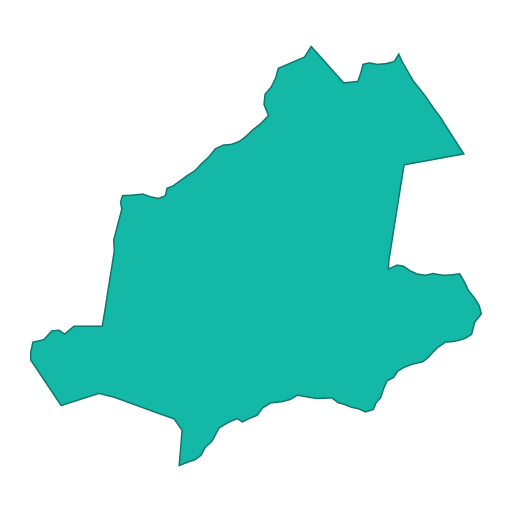 the district of Guaiúba, Ceará, Brazil
{"feature_id": "56859067B40987970950601", "entity_name": "Guaiúba", "entity_type": "district", "adm_level": 2, "iso_a3": "BRA", "parent_name": "Brazil", "parent_adm1": "Ceará", "projection": "natural_earth1", "projection_center": [-38.661, -4.098], "detail": "fine", "context": "isolated", "style": "filled", "palette": "teal", "viewbox_px": 512, "rotation_deg": 0, "n_neighbors": 0, "source": "geoboundaries", "source_scale": "gbopen_adm2", "svg_char_len": 1722}
<svg xmlns="http://www.w3.org/2000/svg" viewBox="0 0 512 512"><path d="M373.3,409.5L376.4,402.2L380.6,397.8L383.6,388.7L387.1,380.8L393.7,377.4L397.8,371.0L403.7,367.6L411.7,364.3L422.7,361.8L428.3,357.4L432.7,352.4L437.5,347.6L445.3,342.2L453.4,341.5L460.0,340.0L465.6,338.1L471.6,334.3L474.7,322.1L481.3,313.9L479.2,305.5L474.4,297.9L468.2,290.2L465.4,283.7L459.7,273.8L451.2,274.9L443.1,275.3L432.9,273.5L425.5,275.3L417.9,274.2L410.7,271.2L403.2,266.1L397.2,265.1L388.4,269.1L388.8,261.0L396.5,212.0L397.6,205.1L404.1,164.8L463.8,153.9L444.3,123.6L440.8,117.8L434.9,110.1L430.7,104.0L425.7,96.7L418.6,87.6L413.2,80.8L402.0,61.4L398.8,54.1L394.3,61.5L386.4,63.6L377.4,64.4L369.2,62.9L363.0,64.4L361.0,72.3L357.9,81.4L343.7,82.9L311.2,46.5L304.5,57.1L278.4,68.3L275.6,78.2L271.3,86.9L265.1,94.1L264.0,104.3L268.5,115.6L260.3,124.0L253.1,129.5L246.1,136.3L239.8,141.2L231.4,144.4L223.2,145.1L215.4,148.8L208.8,157.0L202.2,163.0L195.2,170.5L187.1,175.7L173.3,185.8L167.0,188.3L165.4,195.7L158.5,198.5L150.0,196.7L143.0,194.1L130.6,195.3L122.7,195.6L120.5,202.1L121.8,209.2L113.7,240.1L114.3,251.0L111.7,267.5L108.5,287.2L105.4,307.4L102.3,326.2L74.0,326.2L64.6,334.1L59.0,330.2L51.8,330.9L43.8,339.7L32.9,342.2L30.7,352.3L30.7,359.9L61.2,405.6L70.2,402.6L98.9,393.4L114.2,397.2L126.5,401.7L158.8,413.5L174.1,418.9L182.1,430.2L179.2,465.5L187.7,462.2L195.3,459.6L200.9,455.3L205.3,447.2L211.8,441.4L215.0,435.6L219.2,427.7L228.8,422.1L237.3,418.6L242.3,421.9L248.3,418.9L257.1,415.3L262.5,408.0L270.7,402.9L281.6,401.7L290.0,399.6L297.4,395.2L308.9,397.2L317.1,398.5L324.0,398.2L332.1,397.9L337.9,402.6L344.3,404.4L351.6,407.3L358.8,408.8L365.5,411.9L373.3,409.5Z" fill="#14b8a6" stroke="#0f766e" stroke-width="1.5"/></svg>